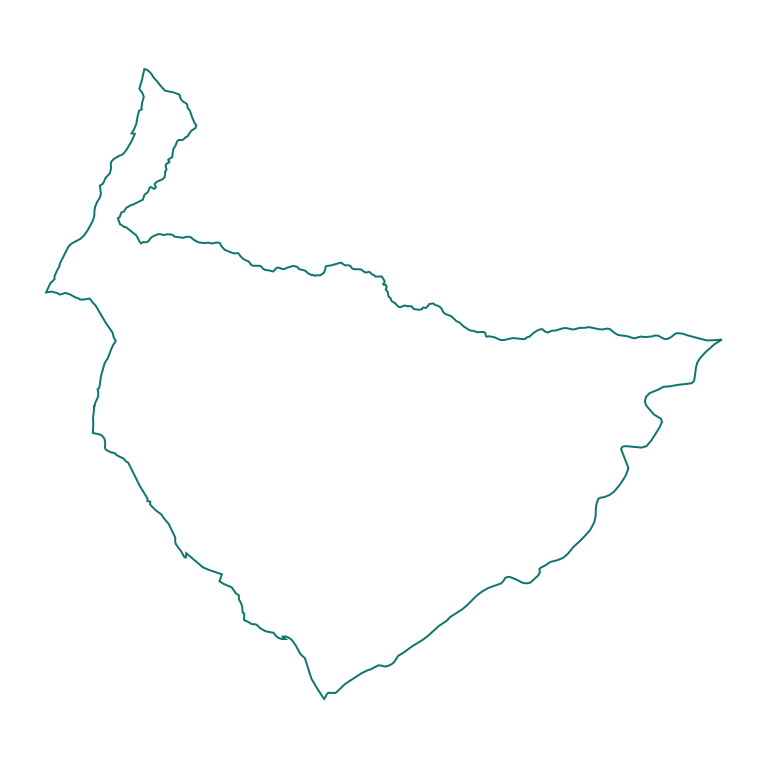 outline of Ciénega, Boyacá, Colombia
{"feature_id": "7082276B91225455065481", "entity_name": "Ciénega", "entity_type": "district", "adm_level": 2, "iso_a3": "COL", "parent_name": "Colombia", "parent_adm1": "Boyacá", "projection": "albers", "projection_center": [-73.291, 5.4], "detail": "fine", "context": "isolated", "style": "outline", "palette": "teal", "viewbox_px": 768, "rotation_deg": 0, "n_neighbors": 0, "source": "geoboundaries", "source_scale": "gbopen_adm2", "svg_char_len": 6065}
<svg xmlns="http://www.w3.org/2000/svg" viewBox="0 0 768 768"><path d="M721.9,339.6L714.8,340.2L706.6,340.4L687.7,335.4L682.7,333.7L677.7,333.2L675.5,333.6L671.4,336.9L668.3,338.6L666.1,339.2L663.9,338.8L658.4,335.8L655.7,335.4L651.6,336.5L645.6,337.0L640.7,336.6L634.3,338.4L627.1,336.2L618.2,335.0L614.5,332.9L609.7,329.0L607.4,328.6L603.0,329.4L599.4,329.3L589.0,327.1L584.8,327.8L579.6,327.9L574.1,329.4L571.5,329.3L566.2,328.0L562.8,328.3L555.7,330.5L551.7,330.7L547.9,332.5L545.0,331.6L542.6,329.3L541.7,329.1L538.8,329.8L536.8,330.8L533.8,332.7L529.4,336.7L526.8,337.4L525.8,338.5L523.7,339.2L513.6,338.1L511.1,338.4L503.5,340.1L500.2,339.9L494.3,337.2L489.3,336.3L486.4,336.6L485.9,336.1L485.3,332.9L483.7,331.9L477.0,332.2L473.6,330.9L470.6,330.6L468.6,329.6L463.4,326.3L459.5,322.5L456.4,321.1L451.2,316.2L444.9,313.7L443.2,312.0L441.5,308.5L439.9,307.0L437.7,305.7L435.2,305.0L433.0,303.4L429.5,304.0L426.1,307.9L423.2,307.6L422.4,308.1L421.8,309.3L421.1,309.5L418.2,309.7L414.2,309.1L413.5,308.8L411.7,306.5L410.0,306.1L407.7,306.3L404.5,305.5L400.9,307.0L399.3,307.1L397.6,305.9L394.8,302.9L392.1,301.5L391.2,300.2L390.5,298.1L388.5,296.4L387.6,291.8L385.7,289.5L386.7,286.9L385.8,285.0L383.8,284.8L383.2,284.2L383.2,283.8L384.4,282.8L384.6,281.1L382.0,276.9L381.1,276.4L377.0,276.7L375.2,276.4L374.2,275.2L372.1,274.4L369.8,272.2L368.8,271.8L366.7,272.5L364.8,272.2L361.0,269.4L353.4,269.1L351.6,268.0L350.3,265.8L348.5,265.3L344.9,265.3L341.0,262.6L330.2,265.6L326.4,266.0L325.5,267.0L325.2,269.4L324.0,272.7L320.1,275.4L318.1,275.2L314.2,275.7L313.5,275.0L311.6,275.1L307.8,273.1L305.9,271.2L304.0,270.3L299.0,269.1L298.2,267.7L296.8,266.8L293.4,265.9L287.4,267.6L284.6,269.0L282.1,269.0L279.2,267.8L277.1,267.7L276.4,268.0L273.5,271.3L272.4,271.4L268.4,270.2L265.7,270.1L263.0,268.8L261.9,267.2L260.0,265.8L253.1,265.7L251.5,265.2L248.7,261.5L244.1,259.5L240.9,256.7L238.2,253.2L233.3,253.3L224.7,249.8L221.1,245.7L220.2,243.4L218.4,242.6L216.1,242.6L212.0,243.5L208.3,242.6L204.7,243.1L198.7,242.4L194.2,240.1L190.7,237.2L189.7,236.9L187.2,236.7L182.9,237.8L174.4,236.6L173.6,235.6L171.5,234.5L167.2,234.3L163.4,235.1L160.4,234.1L157.6,234.3L152.4,236.6L150.4,238.4L148.2,241.5L145.7,242.3L142.9,242.2L141.0,243.4L139.9,242.1L136.3,235.4L125.8,227.0L124.4,227.1L121.0,224.7L120.2,224.5L117.8,218.2L119.2,217.5L119.8,216.7L121.3,212.6L122.5,211.9L123.7,211.8L126.1,208.0L130.4,205.4L133.4,204.4L142.8,199.7L144.5,194.8L148.1,191.8L149.7,187.6L150.8,187.0L154.0,188.8L155.2,188.3L155.8,187.2L154.7,184.4L155.3,183.1L157.2,181.6L162.6,179.2L164.5,177.3L165.1,174.5L165.1,171.5L166.0,170.7L166.5,169.1L165.7,166.9L165.9,164.6L166.9,163.4L168.5,162.8L169.5,161.9L169.4,161.3L168.4,160.6L168.3,159.5L172.1,157.2L173.1,150.1L173.8,148.1L175.3,146.1L177.1,141.4L178.7,140.0L182.0,140.0L183.3,139.6L185.4,137.4L187.6,136.2L191.1,130.9L195.4,128.1L196.3,125.3L194.6,123.1L192.2,117.5L189.8,110.5L187.8,108.2L187.1,104.3L185.2,102.7L183.4,101.9L181.7,100.3L180.4,98.0L179.4,94.6L173.5,92.4L165.0,90.7L160.9,86.2L156.4,80.5L153.8,77.9L151.8,74.5L149.6,71.9L147.0,69.8L144.3,69.1L141.8,80.6L139.4,88.3L139.5,89.2L142.3,92.9L143.8,96.8L142.0,103.1L141.9,105.5L141.4,107.0L141.8,109.3L139.1,110.7L137.7,115.9L136.3,124.0L134.0,129.4L131.6,133.4L134.1,133.7L134.8,133.9L134.6,134.5L131.7,140.9L126.6,149.6L123.8,153.2L122.2,154.7L119.6,155.6L113.7,159.0L111.2,161.8L110.8,163.1L111.0,168.7L109.9,173.2L105.5,178.0L103.7,182.3L102.6,183.9L99.9,185.6L100.8,192.9L100.7,195.1L99.7,197.9L97.3,201.6L95.1,206.7L94.4,210.9L94.3,215.8L92.9,220.6L87.6,230.4L84.1,235.4L80.4,238.8L71.4,243.7L68.4,246.6L60.0,263.3L59.0,267.2L57.4,269.7L54.5,276.3L54.5,279.2L50.4,283.1L46.1,292.4L51.5,291.6L57.4,293.1L59.6,294.5L61.7,294.2L64.9,293.0L66.7,293.3L70.0,294.4L75.7,297.6L77.5,297.9L80.1,299.5L83.7,299.5L89.8,298.6L92.6,302.5L95.4,305.2L105.6,322.6L112.5,332.6L113.8,337.6L115.5,340.2L115.5,341.5L113.1,345.1L111.2,349.2L107.6,358.8L106.7,359.7L104.4,363.9L101.0,376.2L99.5,386.7L98.8,388.2L97.6,389.1L98.2,392.2L98.1,396.0L97.7,397.6L95.0,403.4L94.7,405.9L94.0,406.0L94.0,410.2L93.0,417.9L93.3,423.5L92.9,432.9L101.2,434.9L103.8,437.8L104.5,439.1L105.2,442.8L105.0,447.4L105.2,448.6L106.4,450.1L110.9,452.3L114.9,453.2L116.0,454.5L118.4,456.1L123.5,458.5L125.8,461.2L128.3,462.8L139.9,486.1L147.4,498.4L147.4,501.1L150.2,501.6L150.2,504.7L155.5,510.1L161.5,514.6L163.7,518.0L168.8,524.1L174.9,536.8L175.3,538.5L175.2,541.5L175.9,544.3L180.8,550.8L184.5,557.3L186.0,557.3L186.2,553.2L202.9,567.3L208.1,569.6L221.8,574.3L219.5,581.3L223.8,584.0L231.8,587.4L235.8,593.3L238.9,595.4L238.9,599.4L240.2,601.5L242.0,605.7L242.7,612.7L244.2,613.5L244.1,620.1L248.4,622.0L251.7,624.1L255.4,624.3L256.3,624.7L257.7,625.6L260.1,628.2L265.6,631.3L273.5,632.8L276.2,636.1L278.6,638.0L281.9,639.1L285.3,639.0L282.9,637.3L282.7,636.6L285.7,636.5L289.2,637.9L291.5,639.6L295.7,645.4L300.1,653.4L302.0,655.6L304.9,658.1L311.4,678.6L317.4,688.9L324.1,698.9L325.8,696.4L326.5,694.5L328.4,692.8L335.3,693.0L337.1,691.7L345.0,684.0L361.6,673.2L367.3,670.4L370.5,669.4L378.3,665.4L381.0,665.5L384.5,666.5L387.8,666.0L391.9,664.0L394.2,662.0L398.1,655.9L404.0,652.3L411.7,646.6L422.8,639.8L428.3,635.6L438.6,626.2L447.1,620.4L450.0,617.1L462.0,609.5L467.0,605.3L476.2,596.1L481.9,591.6L488.2,588.0L501.2,583.4L503.5,580.9L505.1,578.1L507.4,576.9L510.4,577.1L516.0,579.4L523.3,583.1L526.8,583.3L530.2,582.7L538.2,575.5L539.9,572.2L539.4,569.0L540.7,567.8L546.0,565.0L550.2,562.0L557.3,560.2L563.3,557.8L568.2,553.4L573.5,546.8L579.0,541.9L585.8,535.0L590.5,529.5L594.1,522.5L595.6,516.5L595.9,507.5L596.8,503.0L598.4,498.7L600.6,497.7L604.3,497.1L609.5,495.0L614.1,491.6L619.7,484.9L625.2,476.6L627.7,470.5L628.3,467.7L621.1,449.2L622.3,446.8L625.4,446.1L641.6,447.6L646.6,446.1L651.5,440.2L659.2,428.0L662.0,422.0L661.0,418.8L653.8,414.4L646.2,405.5L644.9,401.3L646.1,396.7L649.8,393.0L657.8,389.8L663.4,386.8L669.5,386.4L677.6,384.9L691.5,383.3L693.5,381.6L694.4,379.2L696.0,367.4L697.3,362.6L699.6,358.7L705.3,352.4L714.5,344.2L721.9,339.6Z" fill="none" stroke="#0f766e" stroke-width="2"/></svg>